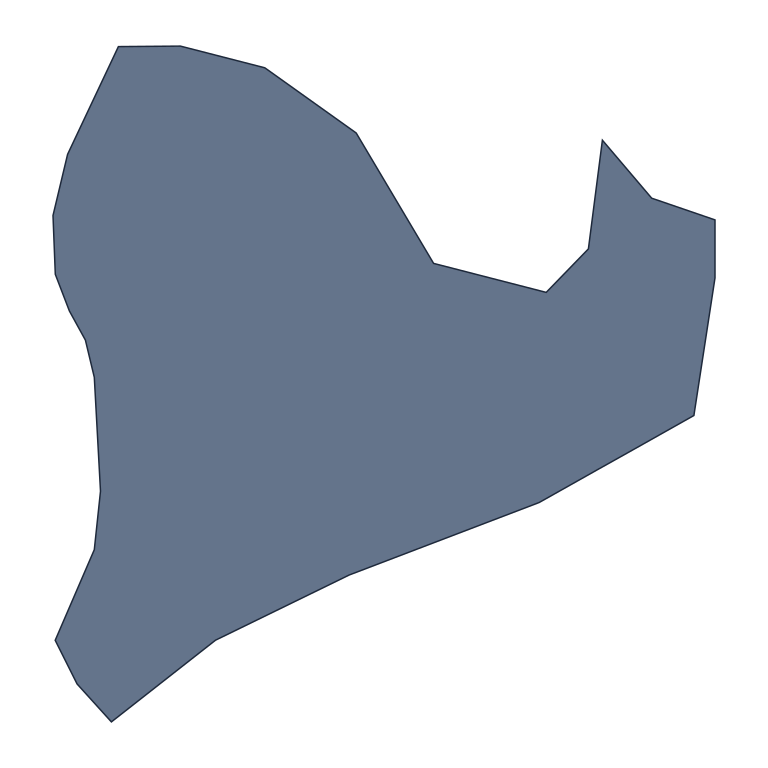 the border of Soufrière
{"feature_id": "LCA-5085", "entity_name": "Soufrière", "entity_type": "Quarter", "adm_level": 1, "iso_a3": "LCA", "parent_name": "Saint Lucia", "parent_adm1": "", "projection": "albers", "projection_center": [-61.032, 13.851], "detail": "fine", "context": "isolated", "style": "filled", "palette": "slate", "viewbox_px": 768, "rotation_deg": 0, "n_neighbors": 0, "source": "natural_earth", "source_scale": "10m", "svg_char_len": 468}
<svg xmlns="http://www.w3.org/2000/svg" viewBox="0 0 768 768"><path d="M111.4,721.9L77.1,684.0L55.2,640.3L94.3,549.7L100.5,491.2L94.3,377.3L85.4,340.1L69.4,311.0L55.3,274.3L53.0,215.5L67.6,154.3L118.4,46.6L180.4,46.1L264.8,67.8L356.2,133.0L433.6,263.4L546.2,292.4L588.4,248.9L602.4,140.2L651.7,198.2L715.0,219.9L715.0,277.9L693.9,415.5L632.8,449.9L597.1,469.9L539.2,502.5L349.2,575.0L215.5,640.2L111.4,721.9Z" fill="#64748b" stroke="#1e293b" stroke-width="1.5"/></svg>